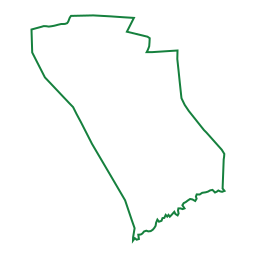 outline of Lapão, Bahia, Brazil
{"feature_id": "56859067B74000999905797", "entity_name": "Lapão", "entity_type": "district", "adm_level": 2, "iso_a3": "BRA", "parent_name": "Brazil", "parent_adm1": "Bahia", "projection": "natural_earth1", "projection_center": [-41.751, -11.522], "detail": "fine", "context": "isolated", "style": "outline", "palette": "green", "viewbox_px": 256, "rotation_deg": 0, "n_neighbors": 0, "source": "geoboundaries", "source_scale": "gbopen_adm2", "svg_char_len": 1510}
<svg xmlns="http://www.w3.org/2000/svg" viewBox="0 0 256 256"><path d="M177.5,50.5L152.6,52.1L146.7,52.1L147.7,50.2L148.5,48.2L149.2,46.3L149.5,42.3L149.7,38.2L147.5,36.7L126.9,31.7L129.8,26.0L133.9,17.9L122.6,17.2L111.2,16.4L93.3,15.4L71.0,15.9L69.8,17.6L69.0,19.6L68.2,21.7L67.1,23.2L65.0,23.9L63.1,24.0L61.2,24.0L59.5,24.4L57.8,24.8L55.6,25.4L53.9,25.8L51.7,26.2L48.8,26.6L46.2,26.2L43.7,26.1L41.4,26.8L31.5,29.5L32.2,52.5L44.9,77.4L69.1,103.0L73.1,107.1L75.6,112.1L76.6,114.1L81.0,122.3L90.8,141.5L91.9,143.7L111.7,177.4L125.1,200.3L131.7,219.9L134.6,228.2L133.1,237.3L133.0,240.6L134.8,238.2L136.7,239.7L138.9,239.0L138.3,234.7L140.8,234.5L142.4,233.5L144.0,231.5L146.3,230.7L148.3,231.4L150.7,231.1L152.8,229.7L154.4,227.8L155.6,225.8L156.1,222.7L157.4,219.6L159.0,221.7L161.5,220.8L162.5,218.1L164.3,217.9L165.7,214.9L167.2,216.6L168.5,214.9L169.8,216.7L171.4,215.1L172.9,213.4L174.3,211.8L175.4,214.0L177.6,215.4L178.6,213.5L178.0,210.4L178.4,208.4L180.5,208.4L182.6,209.1L184.5,208.4L182.4,205.2L183.7,203.1L185.7,202.1L188.1,200.3L190.1,199.0L192.4,199.4L195.2,201.0L196.6,198.7L195.9,196.6L196.7,194.4L199.7,194.5L202.2,192.8L205.7,192.3L208.0,191.6L210.1,190.4L212.5,189.9L215.0,192.5L216.9,191.6L218.3,190.5L220.2,191.4L222.1,191.8L224.5,190.9L222.6,188.5L223.7,159.4L224.1,156.7L224.3,153.9L221.8,149.8L206.4,132.5L203.9,130.0L190.0,112.5L188.8,111.0L187.6,109.2L184.7,104.9L181.5,98.3L181.2,95.8L179.7,81.8L178.6,71.1L177.3,59.0L177.5,50.5Z" fill="none" stroke="#15803d" stroke-width="2"/></svg>